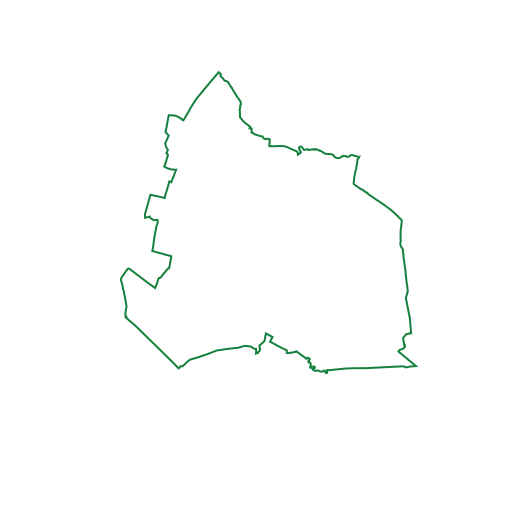 Gropnita, Iasi, Romania (Mercator projection), rotated 149°
{"feature_id": "2599482B43647802232250", "entity_name": "Gropnita", "entity_type": "district", "adm_level": 2, "iso_a3": "ROU", "parent_name": "Romania", "parent_adm1": "Iasi", "projection": "mercator", "projection_center": [27.271, 47.378], "detail": "fine", "context": "isolated", "style": "outline", "palette": "green", "viewbox_px": 512, "rotation_deg": 149, "n_neighbors": 0, "source": "geoboundaries", "source_scale": "gbopen_adm2", "svg_char_len": 6063}
<svg xmlns="http://www.w3.org/2000/svg" viewBox="0 0 512 512"><g transform="rotate(149 256 256)"><path d="M393.1,279.1L394.0,278.3L395.2,276.9L397.8,273.9L398.0,272.5L398.9,271.6L398.4,270.8L399.3,270.3L395.4,258.7L382.8,210.4L381.2,203.8L380.4,200.1L380.0,199.4L377.5,200.4L375.8,199.3L367.1,201.1L365.9,201.1L357.8,199.0L349.2,197.1L338.2,195.2L326.8,190.4L324.6,189.3L321.6,188.0L319.0,186.7L316.6,186.1L314.6,185.4L313.3,185.3L311.2,184.3L307.3,181.2L306.6,180.1L305.6,177.9L305.4,177.7L304.7,177.0L303.8,176.4L304.2,175.5L305.1,174.0L306.3,172.4L303.9,172.0L303.8,172.3L303.3,172.6L302.9,172.7L302.3,172.7L301.1,173.2L300.8,173.5L300.4,175.0L299.9,175.3L299.5,177.3L298.8,177.5L293.3,178.5L292.8,178.7L292.2,179.1L290.9,180.5L287.4,184.5L283.5,178.1L288.1,175.3L280.9,163.3L278.2,159.3L279.5,157.0L276.8,155.4L275.9,155.1L275.3,154.9L271.3,153.4L270.6,153.7L268.1,147.8L267.8,146.7L267.5,146.4L266.6,144.4L266.3,143.6L266.3,142.9L266.0,142.1L265.8,141.9L265.6,141.8L264.1,142.3L263.9,142.2L263.7,142.0L263.0,140.0L263.1,139.7L263.6,139.5L264.4,139.3L265.0,139.0L265.4,138.7L265.7,138.4L265.8,138.2L265.8,137.9L265.6,137.6L264.7,137.4L264.7,136.5L264.6,135.5L264.6,135.2L264.9,134.8L266.8,133.0L267.0,132.4L267.0,132.2L266.8,132.0L266.5,131.9L265.7,132.3L265.0,132.3L263.2,131.3L262.9,131.0L262.9,130.4L263.2,129.8L263.8,129.7L265.4,130.0L265.8,129.9L265.8,129.2L264.8,127.6L263.8,126.7L262.0,126.1L261.4,125.6L260.7,124.2L259.5,123.1L258.3,122.8L257.1,122.9L256.5,122.6L256.3,121.7L256.5,120.8L256.4,120.0L256.2,119.6L255.8,119.3L255.3,119.2L254.9,119.5L254.6,120.1L254.4,121.1L254.1,121.6L250.9,119.9L236.6,113.1L228.7,108.7L219.7,103.3L187.8,86.3L185.5,84.6L185.3,83.9L185.0,83.4L184.7,83.2L181.1,82.0L175.6,79.3L183.1,100.7L182.4,101.2L181.2,101.4L178.5,100.9L176.2,100.9L174.9,101.6L174.4,102.9L175.0,103.2L173.8,105.5L173.5,107.0L172.7,108.5L172.2,109.7L171.9,110.2L171.1,110.3L168.4,111.4L167.3,111.6L166.8,111.5L165.5,110.7L164.1,110.7L163.4,110.3L162.8,109.9L156.1,123.6L149.2,142.8L144.0,147.6L143.7,148.5L141.7,152.7L140.0,156.9L138.5,160.0L136.9,163.6L135.8,165.8L134.6,168.3L133.2,172.0L131.8,175.0L130.9,177.5L128.4,182.3L128.1,183.3L128.0,183.9L126.9,185.3L126.8,185.9L126.7,187.2L126.7,187.7L126.8,188.4L126.8,189.7L126.2,192.0L124.5,194.0L123.6,195.2L123.3,196.2L122.7,197.1L122.1,198.1L120.2,201.3L118.8,203.4L118.2,204.3L117.1,205.6L113.0,210.9L112.8,211.2L112.7,211.6L112.9,212.9L113.7,215.6L114.2,217.8L115.8,223.7L118.0,229.4L119.7,233.5L120.4,235.1L123.8,242.2L127.5,250.3L127.9,251.3L128.0,252.1L128.0,253.0L129.0,253.9L129.3,254.7L129.3,255.2L129.9,255.8L130.1,256.2L130.3,257.6L130.5,258.0L131.2,258.6L131.8,259.6L134.0,264.5L134.9,266.5L135.1,267.5L134.7,268.4L133.4,269.9L131.3,272.8L128.1,276.3L127.2,277.5L126.3,278.0L125.4,278.9L124.5,280.1L124.2,280.6L121.3,283.6L119.5,286.3L118.3,286.7L116.6,287.8L117.0,287.9L117.4,288.3L118.8,290.1L120.2,291.4L121.1,292.6L122.6,293.6L123.0,293.6L124.9,293.4L126.3,293.7L126.5,293.8L127.4,295.2L128.0,295.7L130.5,297.2L130.7,297.3L131.6,296.9L133.4,297.0L134.4,297.1L135.5,297.8L136.6,298.7L137.3,299.6L137.4,300.2L137.7,300.8L137.8,301.5L137.6,301.9L137.5,302.1L137.5,302.3L138.5,303.9L140.3,305.5L141.5,306.1L143.8,307.9L144.6,309.1L145.9,311.8L146.6,312.9L147.2,313.4L147.3,313.8L147.8,314.2L148.0,314.5L148.3,315.1L148.9,315.8L149.3,316.6L149.7,316.9L150.4,317.1L150.7,317.1L150.9,317.0L150.9,317.3L151.7,318.0L153.2,318.3L153.7,318.8L154.2,319.0L155.7,319.5L156.7,320.2L156.5,320.7L158.5,321.7L159.6,322.1L160.3,322.3L160.5,325.4L160.9,326.4L161.4,326.9L162.5,327.0L163.4,326.7L163.6,326.5L163.7,325.3L163.9,324.4L164.1,321.9L165.2,321.3L165.9,321.4L166.4,321.7L166.8,321.6L167.3,321.2L167.9,321.2L166.9,323.9L167.0,324.2L167.9,325.7L172.1,331.6L172.6,332.5L174.8,335.2L177.3,337.0L178.5,337.7L180.5,338.9L181.8,339.5L184.1,341.0L185.0,341.3L188.0,343.4L185.8,346.6L184.2,348.6L184.3,349.2L185.1,350.1L185.8,350.5L186.5,351.0L187.5,351.2L188.0,351.6L188.5,352.2L188.9,353.1L188.8,355.0L189.0,355.3L189.4,355.5L190.2,356.2L194.5,361.0L195.0,362.1L195.3,363.1L195.6,363.5L196.3,363.9L194.2,367.4L195.7,368.7L194.3,369.6L194.5,370.0L194.9,370.4L195.1,371.1L195.1,371.8L195.3,372.0L195.9,373.5L196.3,374.4L196.8,375.6L196.9,376.1L197.1,376.8L197.1,377.3L197.6,378.4L197.7,378.9L197.8,380.7L198.1,382.0L198.3,382.8L197.4,384.8L196.2,386.6L195.9,387.4L194.5,390.0L193.2,391.2L192.9,391.8L192.0,393.2L191.0,393.6L190.8,393.9L189.7,396.3L189.8,396.9L189.9,399.5L190.2,401.8L190.2,409.2L190.3,411.7L190.0,412.6L190.1,412.8L190.3,412.9L190.3,413.5L190.4,419.2L190.8,420.4L191.1,421.0L191.6,421.5L192.1,421.8L192.7,423.2L192.8,424.0L192.9,425.3L193.0,425.9L193.4,426.7L193.7,428.2L193.2,429.1L192.5,429.9L192.5,430.1L192.9,430.8L193.0,431.1L192.9,431.8L193.4,432.4L193.4,432.7L199.9,430.6L214.0,425.7L222.0,422.9L224.6,422.0L227.9,420.7L235.8,416.6L239.7,414.3L246.6,410.6L248.4,409.7L248.6,409.7L248.8,410.0L249.3,411.8L249.9,413.2L250.9,415.1L252.7,417.6L253.4,418.2L255.4,419.8L258.3,421.6L266.8,412.0L269.7,409.0L268.8,404.2L275.8,399.3L276.6,396.8L276.9,395.6L277.0,394.3L276.9,392.3L279.7,390.4L279.4,389.9L279.3,389.5L279.3,389.1L279.4,388.8L279.3,388.6L279.4,388.4L279.8,388.0L279.9,387.2L281.4,386.3L284.2,383.5L288.6,379.9L287.9,378.7L286.4,376.3L285.1,375.1L284.7,374.4L281.2,371.8L280.9,371.4L280.1,371.1L284.3,367.7L290.6,362.9L291.8,364.6L297.6,359.1L301.0,356.2L304.5,352.8L309.7,358.0L315.0,362.8L329.6,349.1L331.4,345.8L326.9,344.6L327.0,343.7L326.9,343.1L326.7,342.3L325.4,339.7L324.9,339.2L321.9,337.8L322.2,337.1L322.3,336.5L323.3,335.0L325.8,333.0L327.6,330.9L329.8,328.6L336.0,321.3L338.5,318.0L341.3,314.7L342.3,313.7L338.7,309.9L328.7,299.4L330.5,297.4L336.1,290.9L337.2,290.2L337.6,290.6L339.3,290.0L340.4,289.8L341.2,289.7L342.6,288.8L344.0,288.6L344.6,288.4L348.4,286.7L348.7,286.6L349.9,287.0L350.9,287.0L352.7,285.6L353.9,284.4L359.0,280.5L362.4,288.5L371.3,310.7L372.7,311.1L382.5,306.7L383.1,306.2L384.0,305.2L384.2,304.8L384.8,302.4L385.7,299.2L386.7,296.9L387.5,293.8L388.8,290.4L390.0,286.9L393.1,279.1Z" fill="none" stroke="#15803d" stroke-width="2"/></g></svg>